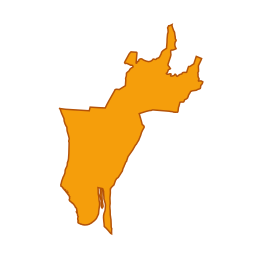 outline of Labuhan Batu, Sumatera Utara, Indonesia, rotated 185°
{"feature_id": "22746128B75065966155231", "entity_name": "Labuhan Batu", "entity_type": "district", "adm_level": 2, "iso_a3": "IDN", "parent_name": "Indonesia", "parent_adm1": "Sumatera Utara", "projection": "robinson", "projection_center": [100.13, 2.27], "detail": "fine", "context": "isolated", "style": "filled", "palette": "amber", "viewbox_px": 256, "rotation_deg": 185, "n_neighbors": 0, "source": "geoboundaries", "source_scale": "gbopen_adm2", "svg_char_len": 5584}
<svg xmlns="http://www.w3.org/2000/svg" viewBox="0 0 256 256"><g transform="rotate(185 128 128)"><path d="M190.0,65.6L189.9,65.0L189.8,64.9L189.7,64.2L188.9,63.9L188.3,63.4L187.6,62.5L187.4,62.3L187.2,62.3L187.2,62.1L187.1,61.9L186.7,61.7L186.5,61.4L186.2,61.1L186.2,61.3L185.9,61.1L185.6,61.1L185.2,60.8L185.5,60.9L185.6,60.6L185.3,60.5L185.2,60.4L185.0,60.5L184.9,60.7L184.7,60.5L184.8,60.2L184.8,59.9L184.4,59.2L184.0,59.0L183.8,59.1L183.9,58.9L183.7,58.7L183.3,59.0L183.2,58.7L183.4,58.4L183.2,58.3L183.2,58.2L182.7,58.3L182.9,58.0L182.4,57.1L181.7,56.3L181.5,56.5L181.3,56.3L180.6,55.0L180.3,54.2L180.1,54.2L180.2,53.8L180.0,52.4L180.1,52.1L180.1,51.9L180.3,51.7L180.3,51.3L179.7,50.3L179.2,49.9L178.9,49.9L178.8,49.7L178.6,49.7L177.9,49.0L177.7,48.7L177.0,48.7L176.2,47.8L175.8,47.7L173.8,45.2L173.4,44.3L173.0,44.2L172.3,43.4L172.1,42.9L171.9,41.6L171.6,41.2L171.5,40.8L171.5,40.5L171.8,40.5L172.2,40.0L172.0,39.7L171.9,39.5L171.5,39.7L171.2,39.4L171.2,38.4L170.8,37.8L170.6,36.5L169.9,35.4L170.1,35.2L170.1,34.1L170.2,33.9L170.2,33.2L170.1,32.6L169.5,31.5L169.5,31.2L169.8,30.9L169.6,30.5L169.5,29.8L169.6,29.7L169.5,29.3L168.4,28.7L167.3,28.4L166.9,28.3L166.7,28.1L166.4,28.2L165.1,27.8L164.8,27.7L164.3,27.8L163.6,27.6L163.4,27.8L162.9,27.6L162.0,27.7L160.8,28.0L160.6,27.9L160.1,28.1L159.7,28.2L158.0,28.9L157.6,29.3L157.2,29.5L156.3,30.1L156.1,30.4L155.9,30.4L155.1,31.3L154.5,31.7L154.1,32.2L153.9,32.3L153.7,32.6L153.4,32.8L152.1,34.4L151.5,35.4L149.9,39.8L149.9,43.5L149.6,48.6L149.8,50.7L150.0,51.8L150.4,52.8L151.2,57.4L151.8,59.3L152.1,61.3L152.2,62.9L152.7,66.0L148.0,65.4L147.6,64.8L146.8,62.7L146.5,60.0L146.0,57.3L145.8,55.3L144.0,50.7L143.7,49.1L143.6,45.7L143.7,43.7L144.5,40.4L144.7,38.6L144.6,36.6L144.1,33.6L143.4,30.1L143.3,29.2L143.1,27.9L141.9,26.9L141.0,26.3L140.3,25.6L140.0,25.4L138.2,23.7L137.6,23.1L137.3,22.7L136.8,22.4L136.2,21.6L135.1,21.1L135.4,24.2L135.4,26.4L135.8,27.0L136.1,27.9L136.5,31.4L137.0,35.3L137.3,36.4L137.8,38.7L138.1,39.8L138.6,44.3L138.9,45.8L139.3,48.5L139.2,51.3L139.9,56.8L139.9,61.7L140.3,65.7L140.0,65.8L139.9,66.6L138.6,68.4L137.1,70.0L135.9,74.7L134.9,76.6L133.4,77.9L129.9,84.6L129.5,87.1L128.7,89.2L128.3,90.8L127.9,91.7L127.4,93.6L126.5,94.8L126.4,95.7L125.5,99.5L121.4,106.6L119.5,110.8L118.9,111.9L118.3,112.6L117.2,115.0L116.3,116.7L114.7,122.0L114.2,124.6L113.3,127.1L112.0,129.9L112.1,131.0L112.8,131.9L114.1,132.6L115.2,135.7L118.1,143.3L111.4,146.1L108.2,147.2L106.5,147.5L105.0,148.2L88.6,148.3L86.3,148.1L85.4,148.2L84.0,147.8L82.3,147.8L80.0,148.1L79.6,149.2L79.6,150.4L79.5,153.1L79.2,153.9L78.5,158.1L77.4,158.5L75.4,158.6L74.8,158.9L74.5,159.4L74.1,161.0L72.3,162.1L71.3,163.1L70.8,164.7L70.6,165.9L70.0,167.2L69.4,168.3L68.8,169.8L67.3,170.6L63.4,171.5L62.3,172.2L61.3,172.8L60.4,173.1L59.5,173.7L59.3,174.3L59.2,176.9L58.6,177.4L57.8,178.9L57.5,180.2L57.6,180.7L58.2,180.7L58.9,181.2L60.3,181.2L61.8,180.9L61.9,181.1L62.0,181.4L61.5,182.6L61.5,183.2L62.4,184.7L62.8,185.8L62.9,187.8L63.3,189.0L63.2,189.4L62.7,190.4L62.8,192.0L63.1,194.2L63.3,196.2L61.2,201.9L60.7,203.6L66.2,205.3L66.5,204.1L68.0,197.7L68.4,197.3L69.5,196.5L71.7,194.7L72.9,194.6L73.2,194.0L74.4,188.8L74.6,188.5L77.1,188.3L78.0,188.1L78.6,187.7L79.2,186.5L80.5,186.1L81.5,185.5L82.6,184.5L83.2,183.9L83.5,183.7L83.9,183.8L84.1,184.0L84.9,185.2L85.3,185.6L85.8,185.7L86.6,184.5L87.2,184.1L88.1,183.8L88.5,183.5L89.7,183.5L90.1,183.7L90.1,184.1L89.8,184.8L89.8,185.1L89.8,185.4L90.1,185.7L90.9,185.7L92.7,185.0L93.7,185.0L94.4,185.3L94.6,185.6L94.5,185.8L94.4,186.0L94.0,186.3L93.6,187.0L92.9,189.4L92.7,189.7L91.1,190.6L90.9,190.8L92.2,192.5L93.4,193.7L93.6,194.1L93.7,194.8L93.5,196.0L91.9,202.6L91.6,204.6L92.1,207.2L92.2,208.7L91.7,209.4L90.1,209.6L87.8,210.7L87.0,211.2L88.1,213.1L88.5,214.4L88.7,215.7L88.5,217.8L87.8,218.9L87.7,219.5L87.7,219.8L88.6,220.9L88.9,222.9L89.4,224.7L90.0,227.5L91.0,228.9L92.6,232.4L93.2,234.3L93.1,234.9L95.3,233.6L96.4,233.4L97.3,231.2L96.7,229.5L96.6,228.5L96.5,228.0L96.4,227.2L96.6,225.7L96.8,225.2L96.8,224.6L96.8,222.2L96.8,220.1L96.6,216.4L96.6,210.7L99.0,208.9L99.9,208.1L100.7,207.0L101.1,206.5L101.6,204.2L102.0,203.4L102.5,202.0L103.0,201.1L104.0,200.3L105.3,199.8L106.0,198.9L106.4,198.7L107.2,198.7L107.9,198.8L108.9,198.9L110.0,197.4L111.4,196.4L113.4,195.9L115.5,196.2L117.0,196.6L118.6,197.1L119.2,197.5L120.2,198.0L121.1,198.1L122.4,197.6L122.8,197.2L123.1,196.7L123.2,195.7L123.9,195.1L124.6,195.1L124.7,194.1L124.9,193.6L125.2,193.3L125.5,193.3L125.6,193.6L125.6,203.2L125.8,204.0L126.2,204.2L131.6,204.1L132.0,203.8L133.3,201.9L136.8,193.9L137.1,192.7L136.4,192.0L135.0,192.3L133.4,191.8L130.6,190.7L129.9,190.9L129.0,190.7L128.5,190.1L128.3,189.4L128.7,188.8L129.9,188.1L131.2,186.7L131.9,185.1L133.5,183.5L134.3,182.5L134.2,179.7L134.7,177.2L134.4,175.5L134.3,169.9L139.4,166.1L140.1,165.5L140.8,165.6L143.0,165.6L143.6,165.4L144.4,164.8L144.6,164.0L144.9,163.3L149.4,153.4L151.2,149.2L152.4,146.0L158.8,145.7L167.5,145.5L168.1,141.8L191.7,141.2L196.5,141.4L198.5,141.6L197.4,141.3L195.5,137.0L192.6,131.8L192.2,129.4L191.1,126.7L189.6,124.2L189.0,123.6L188.5,120.3L188.1,119.0L186.9,116.0L186.0,113.5L185.6,112.1L185.9,109.9L185.8,109.2L185.4,108.4L184.7,97.4L184.6,92.1L184.8,90.2L185.4,88.0L185.3,86.6L185.5,84.7L186.7,81.5L186.9,80.4L186.9,77.8L187.2,76.5L188.0,74.1L188.3,73.6L189.4,69.3L189.7,67.0L190.0,65.6ZM150.3,64.5L149.9,61.4L149.9,60.3L150.1,58.9L148.4,52.9L147.8,47.9L147.5,46.8L146.8,46.0L146.1,47.2L146.0,48.1L147.1,52.4L147.6,54.7L148.2,60.3L148.4,63.4L148.5,64.1L149.2,64.9L150.3,65.0L150.3,64.5Z" fill="#f59e0b" stroke="#b45309" stroke-width="1.5"/></g></svg>